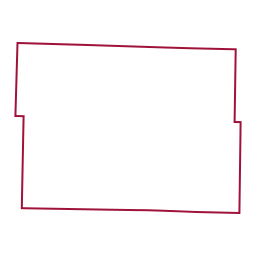 Greene, Missouri, United States of America
{"feature_id": "52423323B68605261841500", "entity_name": "Greene", "entity_type": "district", "adm_level": 2, "iso_a3": "USA", "parent_name": "United States of America", "parent_adm1": "Missouri", "projection": "orthographic", "projection_center": [-93.327, 37.258], "detail": "fine", "context": "isolated", "style": "outline", "palette": "rose", "viewbox_px": 256, "rotation_deg": 0, "n_neighbors": 0, "source": "geoboundaries", "source_scale": "gbopen_adm2", "svg_char_len": 342}
<svg xmlns="http://www.w3.org/2000/svg" viewBox="0 0 256 256"><path d="M17.5,43.0L15.4,116.0L23.6,116.2L21.8,208.2L80.3,209.2L109.6,209.7L135.3,210.1L146.4,210.2L159.9,210.6L196.2,212.0L239.4,213.0L240.4,139.5L240.6,122.1L234.6,122.0L235.7,49.3L192.2,48.3L164.9,47.5L90.7,45.1L17.5,43.0Z" fill="none" stroke="#9f1239" stroke-width="2"/></svg>